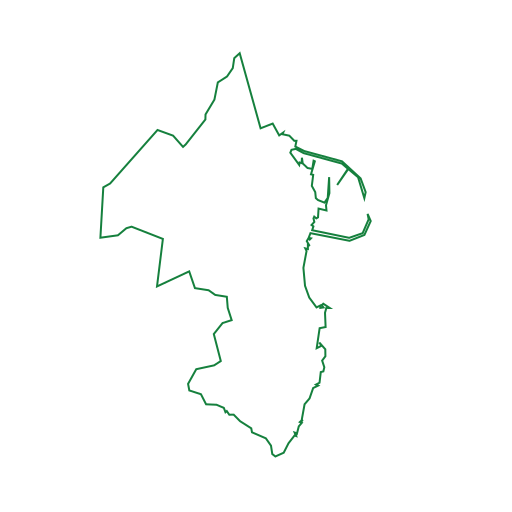 Dún Laoghaire Lea-7, Dún Laoghaire–Rathdown, Ireland (Natural Earth projection), rotated 62°
{"feature_id": "5873133B92378397401252", "entity_name": "Dún Laoghaire Lea-7", "entity_type": "district", "adm_level": 2, "iso_a3": "IRL", "parent_name": "Ireland", "parent_adm1": "Dún Laoghaire–Rathdown", "projection": "natural_earth1", "projection_center": [-6.126, 53.283], "detail": "fine", "context": "isolated", "style": "outline", "palette": "green", "viewbox_px": 512, "rotation_deg": 62, "n_neighbors": 0, "source": "geoboundaries", "source_scale": "gbopen_adm2", "svg_char_len": 2139}
<svg xmlns="http://www.w3.org/2000/svg" viewBox="0 0 512 512"><g transform="rotate(62 256 256)"><path d="M166.8,384.8L172.9,368.2L170.6,357.4L171.7,352.1L197.2,330.2L236.4,357.7L238.2,322.2L255.7,325.0L264.0,313.9L271.2,310.3L278.3,300.9L288.5,305.3L301.2,307.6L299.5,317.0L305.1,329.9L332.2,336.4L332.9,344.3L327.9,361.9L337.0,376.0L343.4,378.0L352.2,369.5L363.5,369.7L368.8,360.7L375.0,355.7L379.6,356.3L379.2,354.6L383.6,354.1L385.6,350.2L394.4,347.6L405.9,341.1L409.8,342.3L421.6,332.9L430.5,331.8L438.5,334.6L442.1,333.0L442.7,323.9L436.6,315.2L432.6,306.3L433.8,305.1L430.0,304.8L431.6,303.2L433.2,304.3L426.5,298.2L424.8,293.9L423.2,295.2L422.6,292.9L409.7,282.7L406.9,275.6L399.4,267.5L399.6,262.0L397.7,263.4L397.7,259.4L388.9,253.3L389.5,250.7L386.3,247.9L379.4,246.7L377.1,241.8L370.9,238.6L362.1,240.7L366.0,240.3L365.9,245.7L349.6,233.7L351.4,227.9L338.5,221.7L334.9,218.3L336.5,215.3L329.7,219.0L330.4,221.0L333.1,220.6L332.0,223.6L329.9,222.4L329.8,226.7L317.7,228.5L305.3,226.7L288.7,219.7L275.3,209.0L272.4,208.9L274.2,206.9L270.4,204.9L272.3,203.9L266.7,204.2L264.8,201.1L266.7,200.8L266.2,199.2L264.7,201.0L261.4,197.2L286.5,166.3L288.3,150.4L279.0,138.3L271.2,137.7L276.5,139.3L285.9,151.1L283.7,165.2L259.6,194.3L256.8,191.4L254.7,192.4L253.3,188.5L249.8,187.6L248.6,186.1L251.1,185.1L251.0,183.1L243.5,178.5L248.9,172.4L244.1,170.4L235.0,161.7L220.7,154.4L238.4,165.4L241.0,170.5L235.7,175.0L233.0,176.0L227.4,173.7L220.3,173.8L211.2,167.4L209.7,169.1L200.0,159.6L198.9,160.4L205.5,165.4L202.5,169.2L196.2,171.3L190.8,169.3L195.4,172.1L193.9,173.6L195.9,175.1L180.9,177.2L178.9,174.8L180.1,170.6L187.6,165.6L214.7,136.8L222.2,133.9L231.4,151.0L222.5,133.7L234.4,128.9L255.8,133.2L251.1,129.2L236.6,127.2L212.8,135.6L186.0,164.1L177.8,169.9L173.3,166.2L172.3,168.1L165.4,170.1L160.9,175.5L159.8,174.1L160.4,178.9L146.9,179.1L145.4,192.0L69.3,175.2L71.1,182.3L79.2,188.3L83.9,197.3L84.8,208.2L98.4,219.3L107.3,234.1L111.7,236.6L124.5,265.7L125.4,269.2L110.8,272.7L98.5,283.8L123.5,350.8L123.7,358.6L166.8,384.8ZM423.6,293.7L422.9,292.3L422.2,292.3L423.6,293.7Z" fill="none" stroke="#15803d" stroke-width="2"/></g></svg>